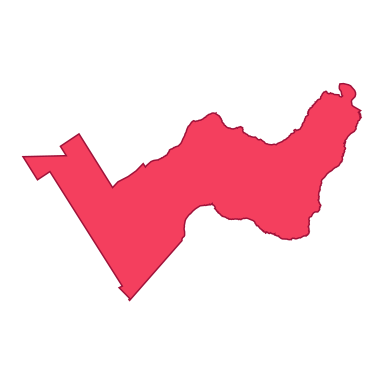 the district of Constitución, Santa Fe, Argentina
{"feature_id": "61730980B65517483181137", "entity_name": "Constitución", "entity_type": "district", "adm_level": 2, "iso_a3": "ARG", "parent_name": "Argentina", "parent_adm1": "Santa Fe", "projection": "natural_earth1", "projection_center": [-60.677, -33.505], "detail": "fine", "context": "isolated", "style": "filled", "palette": "rose", "viewbox_px": 384, "rotation_deg": 0, "n_neighbors": 0, "source": "geoboundaries", "source_scale": "gbopen_adm2", "svg_char_len": 6050}
<svg xmlns="http://www.w3.org/2000/svg" viewBox="0 0 384 384"><path d="M309.0,222.9L309.2,221.2L309.4,220.7L308.8,219.6L309.3,217.5L310.3,216.8L311.4,216.5L312.4,214.3L313.6,212.8L315.2,211.9L317.8,211.9L319.6,209.7L319.5,208.0L320.0,207.5L319.7,206.8L320.6,206.0L320.8,205.3L319.5,203.5L319.4,202.8L318.9,202.2L318.8,201.0L318.1,200.0L318.9,199.2L319.0,198.8L318.7,197.6L319.1,197.1L319.1,196.2L318.6,195.8L318.6,195.4L318.9,192.0L319.5,191.5L319.5,190.5L320.2,189.9L319.8,189.1L320.1,188.0L320.0,186.9L320.5,185.7L321.0,185.4L321.0,184.1L321.6,183.3L321.6,182.4L321.3,181.4L321.9,179.7L324.6,177.2L327.5,173.3L328.2,173.0L329.3,171.9L330.0,171.6L330.0,171.4L330.7,171.2L332.0,170.3L333.1,169.1L335.3,167.4L335.8,167.4L338.8,165.6L340.5,162.6L341.0,162.5L341.2,161.6L341.9,161.5L341.9,160.7L342.5,159.7L342.1,156.5L342.8,156.4L343.3,155.6L343.4,155.2L343.0,154.2L343.5,154.1L343.4,153.6L343.7,153.5L344.6,151.5L344.2,150.9L344.4,150.5L344.7,149.7L345.1,149.4L345.5,148.2L344.1,146.2L344.6,145.7L344.8,144.9L344.5,144.0L344.9,143.5L344.0,143.3L344.5,142.4L345.4,142.3L345.6,141.7L345.0,140.9L345.0,140.5L346.6,138.8L347.8,136.6L350.7,133.6L354.4,131.3L355.0,130.1L355.5,129.8L356.1,128.8L355.7,126.6L355.8,126.4L356.3,126.4L356.6,125.8L356.8,124.1L357.7,123.2L357.9,121.4L358.2,120.8L359.3,120.3L359.9,119.2L359.9,118.9L361.0,117.6L359.9,117.1L359.9,116.3L360.8,116.1L360.5,115.2L360.5,114.1L360.0,113.7L359.4,114.3L359.2,113.1L359.7,113.0L359.6,112.7L358.9,112.9L358.4,112.3L360.6,110.6L353.3,106.4L352.0,105.2L351.4,101.3L351.8,100.0L355.0,96.7L355.6,94.5L355.5,92.6L354.6,90.4L350.6,85.8L348.5,84.8L343.5,83.6L339.9,83.9L339.3,86.1L339.3,88.5L339.7,89.5L341.2,91.5L341.7,94.7L342.1,95.5L342.5,95.6L342.5,96.1L341.3,97.0L339.5,96.3L338.9,94.8L334.2,94.5L332.8,93.6L331.7,93.4L331.2,93.6L330.6,92.9L329.5,93.7L328.8,93.5L328.4,93.7L327.2,93.0L326.8,91.9L326.1,91.3L325.5,91.4L324.6,92.1L323.9,92.1L322.3,94.1L321.7,95.6L320.7,96.9L320.6,98.5L319.9,99.2L318.9,99.3L317.7,99.9L316.8,101.0L316.5,101.8L315.9,102.1L315.3,102.0L315.3,103.0L315.0,103.5L314.0,104.2L313.5,105.1L312.5,105.5L312.8,106.0L312.4,106.9L311.4,107.3L311.0,108.0L310.2,108.0L309.9,108.9L308.6,110.2L308.8,110.5L308.5,111.3L307.9,112.0L308.4,112.8L307.7,113.3L308.3,114.4L308.3,114.9L305.6,116.9L305.5,117.9L304.7,119.2L304.6,120.0L304.8,120.5L304.2,120.9L304.1,121.9L303.0,122.9L302.2,124.5L302.5,124.9L302.4,125.5L302.0,125.8L299.9,129.3L298.6,129.6L298.0,130.1L297.2,130.0L296.7,130.5L295.3,129.5L294.1,130.2L293.9,130.7L294.7,131.6L294.4,132.3L293.8,132.9L292.7,133.4L291.2,133.7L290.1,135.4L289.3,135.8L289.2,136.3L288.6,137.2L286.9,138.3L286.8,138.6L286.4,138.7L285.7,139.5L283.6,140.3L282.4,141.5L277.5,143.5L276.2,144.7L274.1,144.2L271.7,144.8L268.3,144.4L267.4,143.9L266.6,143.9L265.2,143.3L264.4,142.1L261.8,140.4L261.4,139.8L260.3,139.3L259.6,139.8L258.2,139.7L255.6,137.2L255.0,137.0L254.3,137.3L252.9,137.1L250.9,136.6L249.9,136.0L248.6,136.0L247.3,134.5L246.4,134.2L244.6,132.9L243.6,132.7L243.5,132.2L243.0,131.8L242.7,130.6L243.0,129.4L242.3,128.1L242.5,127.6L241.2,127.2L240.9,126.7L240.1,126.7L239.6,127.1L238.2,127.3L237.4,128.2L236.6,127.6L235.0,128.6L234.1,128.6L233.4,129.0L231.1,128.7L229.9,128.0L228.6,128.1L228.3,127.8L227.4,127.6L225.8,126.4L225.4,125.7L224.3,125.1L224.0,124.6L224.0,124.1L221.9,121.7L222.0,120.6L221.3,119.5L221.0,118.4L220.4,118.0L220.2,117.1L219.5,116.6L219.3,116.0L215.8,113.8L215.9,113.1L215.3,113.4L213.1,113.0L211.9,113.2L210.3,114.1L208.9,114.4L206.2,116.3L205.6,117.3L204.8,117.4L202.6,119.2L201.1,119.8L200.8,120.2L199.0,120.3L197.9,120.9L196.2,121.1L195.3,121.5L193.8,120.7L193.1,121.0L191.5,122.3L189.4,125.5L188.3,126.3L187.3,128.4L186.5,130.6L186.2,132.0L185.1,133.9L184.7,135.6L182.8,139.2L181.9,141.5L180.8,143.5L178.3,146.0L175.4,146.9L174.3,147.6L173.9,147.5L172.3,148.8L171.2,149.0L169.5,150.0L169.3,150.4L169.3,151.2L168.7,151.9L168.5,152.7L167.8,153.1L167.3,154.4L166.7,155.1L165.9,155.6L165.6,155.5L164.9,156.3L164.2,156.4L163.0,157.5L161.6,157.9L161.6,158.2L159.0,159.3L158.2,160.0L157.7,159.9L153.7,160.5L151.0,161.6L146.5,165.6L145.4,167.0L143.2,163.6L136.1,170.9L128.1,176.6L118.0,181.8L112.6,187.6L79.0,133.9L60.4,146.3L66.3,155.7L23.0,156.7L37.5,179.8L49.9,171.6L122.3,286.1L119.1,287.7L129.8,298.6L128.9,299.6L129.6,300.4L182.0,240.6L181.9,239.3L182.5,237.8L184.1,236.4L184.6,235.3L184.6,231.8L184.1,229.4L184.1,228.0L184.4,226.9L184.3,225.5L185.2,220.6L186.0,218.8L188.5,215.4L189.9,213.9L190.3,213.9L192.9,211.0L195.6,208.7L200.2,205.8L204.1,205.4L204.4,205.1L205.2,205.4L206.0,205.4L207.0,204.9L207.1,205.1L209.0,204.8L209.3,204.3L209.8,204.8L210.2,204.9L212.2,203.5L212.4,204.8L213.1,204.8L213.6,205.2L214.4,206.0L215.1,207.2L215.3,208.0L214.7,208.5L216.4,210.2L216.5,210.7L217.1,211.3L217.6,211.5L217.7,212.1L218.3,212.3L218.3,212.8L219.9,213.8L220.6,214.8L221.9,215.7L222.2,216.3L222.5,216.2L222.8,216.4L225.4,217.1L227.4,218.4L228.4,218.4L229.0,219.3L229.9,219.1L231.7,219.4L232.3,219.1L233.4,219.3L235.1,218.9L236.3,219.1L237.1,218.9L238.5,219.5L239.1,219.1L240.0,219.2L240.1,219.5L241.0,219.6L241.5,219.1L243.8,218.3L244.7,218.5L246.2,218.1L248.0,218.5L253.2,220.6L254.3,221.5L254.8,222.1L255.2,223.4L256.1,224.5L256.2,225.0L257.0,225.8L257.5,225.5L258.1,225.9L260.3,228.7L261.2,229.2L261.7,229.9L262.3,230.0L262.6,230.7L263.0,231.0L263.3,230.9L263.2,231.3L263.9,231.9L265.3,232.2L265.6,233.1L266.0,232.9L266.0,232.3L266.3,231.9L267.2,232.4L267.6,232.3L268.2,233.0L269.2,233.5L269.9,233.3L270.4,232.7L272.3,233.9L272.7,233.7L273.8,234.1L274.5,233.8L274.2,234.6L274.5,234.9L275.1,235.1L275.5,234.9L275.9,235.4L277.4,236.0L278.6,235.9L278.9,236.7L281.0,238.3L282.3,238.9L287.2,239.1L288.0,239.5L290.1,239.7L290.8,239.4L291.4,239.6L291.6,238.9L292.3,238.3L294.3,238.3L295.0,238.8L296.8,238.7L299.3,237.7L300.3,237.9L303.8,235.9L306.2,235.9L306.3,235.2L306.9,235.3L307.6,234.9L308.0,234.0L308.5,233.9L309.1,232.6L308.9,231.7L309.3,231.1L308.7,230.6L309.0,229.4L308.7,227.6L308.2,226.9L308.3,226.3L308.7,226.1L308.7,225.5L309.3,224.3L309.0,222.9Z" fill="#f43f5e" stroke="#9f1239" stroke-width="1.5"/></svg>